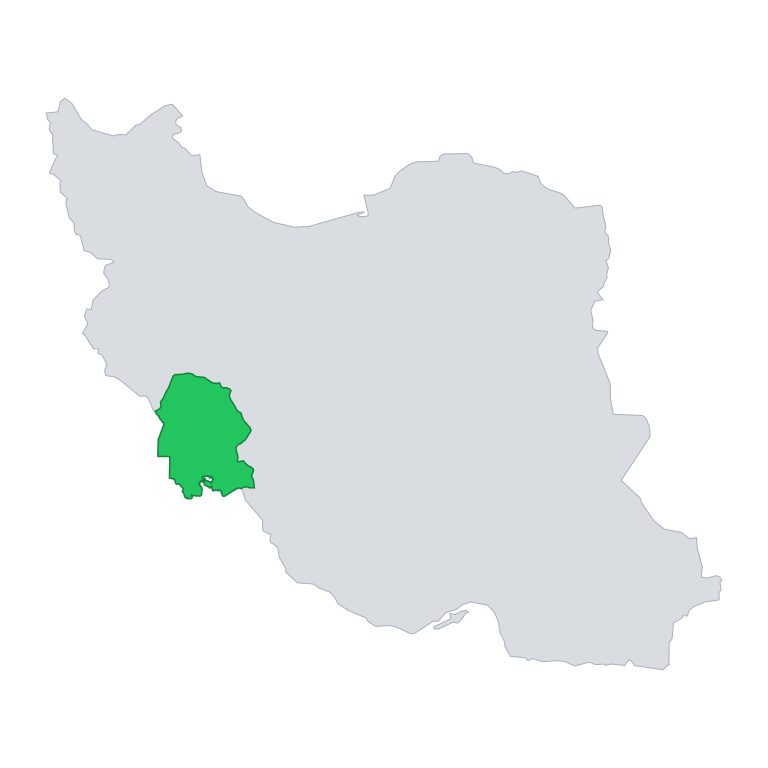 Khuzestan on a map of Iran (Albers equal-area conic projection)
{"feature_id": "IRN-3219", "entity_name": "Khuzestan", "entity_type": "Province", "adm_level": 1, "iso_a3": "IRN", "parent_name": "Iran", "parent_adm1": "", "projection": "albers", "projection_center": [48.994, 31.501], "detail": "fine", "context": "in_parent", "style": "filled", "palette": "green", "viewbox_px": 768, "rotation_deg": 0, "n_neighbors": 0, "source": "natural_earth", "source_scale": "10m", "svg_char_len": 7216}
<svg xmlns="http://www.w3.org/2000/svg" viewBox="0 0 768 768"><path d="M363.8,195.2L372.9,195.2L389.1,188.9L390.5,187.5L394.9,176.1L400.3,170.7L409.8,164.2L416.0,161.9L438.4,161.2L439.8,156.6L443.4,154.0L467.6,153.6L471.6,156.8L473.5,163.0L494.2,167.2L498.5,168.8L503.8,173.1L507.9,174.0L513.0,171.4L516.4,172.6L521.6,170.8L537.9,176.3L540.7,183.2L543.9,186.2L547.6,188.9L560.7,193.2L564.7,196.0L575.1,208.1L600.5,205.2L602.4,207.9L602.8,213.5L606.0,226.8L604.6,231.9L608.3,236.0L608.8,244.4L610.8,250.1L608.7,258.6L606.0,260.5L608.4,267.5L606.6,274.8L607.2,277.4L603.8,283.7L603.8,286.0L596.9,292.3L603.2,299.8L595.0,301.1L590.7,310.3L593.1,320.4L592.3,325.8L593.4,328.6L595.8,330.4L607.2,331.2L607.7,332.6L597.3,348.7L598.4,354.4L610.3,383.7L610.4,398.9L613.3,414.2L642.7,415.5L646.5,419.1L649.5,427.4L650.1,433.9L649.6,437.3L621.2,480.3L640.1,498.1L641.3,502.4L653.5,520.3L664.2,529.1L681.3,532.4L689.7,538.8L696.5,537.6L697.1,547.4L702.3,567.4L701.3,577.0L707.4,578.1L716.3,575.6L719.7,577.0L721.9,580.1L719.9,582.3L721.2,590.2L719.1,592.2L719.1,599.9L705.7,601.8L693.5,606.7L689.3,610.1L687.3,615.8L683.1,615.8L682.0,618.0L673.5,622.8L672.1,638.6L669.1,642.7L669.0,665.1L667.0,665.6L663.0,669.8L634.6,665.6L631.3,660.7L628.4,660.0L624.8,665.5L610.7,664.0L606.1,665.3L603.1,664.1L595.6,664.7L589.4,662.1L574.6,666.1L565.0,661.4L555.0,660.7L543.0,661.8L532.9,658.6L527.9,660.6L525.3,657.9L510.5,656.3L505.0,646.7L504.5,641.8L500.3,633.5L498.2,621.1L494.3,612.2L487.6,605.2L470.7,601.9L462.3,604.8L456.1,609.5L445.7,612.6L438.0,621.4L433.3,621.1L414.4,633.5L410.2,633.6L395.4,626.7L388.8,625.6L375.6,626.4L368.1,621.6L366.1,618.0L348.6,610.6L337.8,603.6L334.4,596.8L329.7,592.0L319.3,588.2L313.3,584.0L297.4,582.8L286.0,572.2L285.8,568.7L279.1,556.9L277.8,548.2L276.3,546.0L270.7,542.5L269.8,540.1L270.9,534.6L263.7,531.4L262.6,528.7L262.6,520.3L245.4,500.1L241.8,488.9L238.7,488.4L223.7,495.9L219.3,491.8L206.0,484.6L204.2,481.9L207.5,480.6L210.8,481.8L212.8,480.3L212.0,477.9L208.7,476.4L204.2,476.5L205.4,478.8L201.2,481.0L200.3,483.8L201.3,492.2L199.6,494.6L192.5,495.9L188.1,498.6L184.2,495.5L183.1,489.4L180.6,485.4L177.0,483.9L174.2,480.0L169.6,478.0L169.6,456.7L158.1,456.1L158.3,439.9L163.7,423.9L152.9,409.3L148.2,398.1L145.3,396.0L139.7,396.2L121.1,380.9L114.6,376.9L105.6,375.5L104.6,370.2L107.0,364.5L102.9,356.8L101.7,354.6L98.0,353.6L98.4,348.8L93.6,348.9L85.0,335.5L82.5,333.6L87.7,323.8L84.5,315.6L86.8,308.9L91.4,309.4L93.0,300.3L101.4,291.2L108.6,287.4L109.4,284.6L108.1,279.5L103.7,273.1L104.5,267.8L106.0,265.2L113.5,262.5L113.9,261.3L110.4,259.3L97.5,258.9L90.6,252.4L84.1,250.6L80.6,236.7L79.5,235.0L76.4,234.4L74.5,231.8L73.8,222.6L69.4,218.3L66.1,204.6L66.0,201.2L67.3,198.3L60.4,192.2L59.8,183.1L61.4,181.1L53.4,174.2L49.8,173.7L49.5,172.6L55.5,158.8L57.9,155.7L53.1,153.4L53.4,146.5L52.3,140.7L53.0,135.3L50.0,131.2L49.2,128.7L50.6,122.7L47.6,119.6L46.1,113.1L57.8,111.8L60.3,102.1L64.6,98.2L71.7,103.2L81.4,119.5L87.4,124.3L91.8,129.8L113.7,136.0L118.5,134.4L126.0,134.9L135.7,125.2L140.1,124.1L151.4,114.4L165.3,105.6L172.3,104.2L182.6,115.8L176.6,119.2L175.6,122.1L176.3,124.9L181.0,127.8L181.5,131.1L179.9,132.7L173.8,134.4L172.0,137.6L178.7,142.9L181.9,147.4L185.4,148.5L191.0,155.6L199.9,154.7L201.7,171.6L206.7,185.7L216.2,191.6L240.8,196.0L243.6,198.7L247.7,206.4L254.1,211.8L273.5,222.4L294.7,227.2L308.7,226.5L359.8,212.1L364.6,211.9L357.1,215.4L360.0,216.6L366.6,216.4L368.1,215.0L368.2,212.9L363.8,195.2ZM465.4,613.6L462.3,618.7L457.5,623.1L453.5,622.1L438.5,629.0L434.4,628.9L433.6,627.0L450.2,619.0L450.9,617.1L449.7,613.5L455.2,614.7L461.1,611.4L466.1,610.2L468.6,612.1L465.4,613.6Z" fill="#d9dde1" stroke="#a8b0b8" stroke-width="1"/><path d="M176.8,484.1L176.4,484.0L176.0,483.8L175.8,483.5L175.6,483.1L175.3,481.4L175.0,480.5L174.6,479.7L174.0,479.0L173.6,478.8L173.3,478.7L169.5,478.1L169.5,476.8L169.8,457.2L169.7,456.7L169.3,456.5L157.9,456.4L158.1,446.5L158.3,439.6L163.7,425.2L163.9,424.3L163.8,423.4L163.4,422.7L162.0,421.7L161.5,421.0L161.4,420.7L161.2,420.0L161.0,419.7L160.7,419.4L160.1,419.0L159.9,418.7L158.7,416.4L158.5,415.7L158.2,415.0L157.0,414.4L156.5,413.8L155.7,412.0L155.2,411.2L156.1,410.9L159.8,408.6L161.0,406.6L160.6,403.9L160.6,401.9L163.2,398.4L166.4,391.1L168.3,388.4L173.1,376.1L174.9,374.7L183.3,374.2L185.7,373.5L189.4,373.2L192.9,374.3L194.7,376.0L196.8,376.7L204.3,377.4L212.3,382.9L217.1,383.4L219.6,382.8L221.3,386.9L223.1,387.9L226.1,387.7L229.6,389.0L231.0,390.9L230.3,392.0L229.4,395.1L229.5,396.3L230.1,398.7L235.3,406.9L236.4,409.6L237.3,410.7L238.2,411.3L238.7,411.9L240.3,412.4L240.9,413.0L241.3,414.0L242.3,417.4L243.4,419.9L244.4,421.5L246.2,423.1L246.9,424.3L249.8,427.4L250.9,429.6L250.8,431.5L248.9,433.9L247.7,436.3L245.5,439.5L241.3,443.2L238.7,444.4L237.5,445.3L236.6,446.5L236.1,447.8L236.1,450.2L237.8,455.9L237.9,457.6L237.7,458.2L237.6,459.4L237.2,460.7L237.5,461.7L243.4,460.9L244.8,462.7L247.6,465.4L250.9,467.1L252.9,468.5L253.6,470.6L251.6,475.4L251.9,477.6L253.0,478.8L253.7,481.5L254.4,487.9L249.0,487.7L246.9,486.7L243.3,487.4L241.1,488.5L240.1,488.1L238.9,488.0L237.6,488.2L236.3,488.7L225.3,495.8L224.0,496.4L222.9,496.1L221.9,494.7L221.8,494.0L221.8,492.2L221.5,491.5L221.2,491.1L221.1,490.9L221.0,490.7L220.6,490.5L220.3,490.4L220.0,490.3L219.2,490.2L218.8,490.3L218.1,490.5L217.6,490.5L217.2,490.4L216.7,490.0L216.4,490.0L215.7,490.1L214.4,490.7L213.7,490.8L212.8,490.7L212.4,490.4L212.5,488.7L212.4,488.6L211.9,488.2L211.7,488.0L211.7,487.8L211.7,487.2L211.8,486.9L211.9,486.6L211.9,486.3L211.5,486.1L211.3,486.8L210.9,487.4L210.4,487.9L209.8,488.0L209.2,487.6L208.9,487.1L208.5,486.7L207.9,486.6L207.1,486.3L204.7,485.0L204.3,484.5L204.0,483.2L203.4,482.4L202.5,481.9L201.4,481.6L201.7,481.0L202.3,480.8L203.8,481.0L204.5,481.0L205.7,480.6L206.3,480.5L207.0,480.7L208.5,481.4L209.0,481.6L209.7,481.7L210.3,481.9L210.8,482.4L211.3,483.0L211.5,482.5L212.1,481.3L213.2,479.9L213.4,479.5L213.4,478.8L212.7,479.0L212.1,478.6L211.8,478.0L211.5,476.5L211.1,476.7L210.6,477.3L210.0,477.7L210.1,477.2L210.3,476.9L210.0,476.4L209.7,476.5L209.3,476.8L208.8,476.9L208.6,476.7L208.2,476.2L207.8,476.1L207.4,476.3L206.6,476.2L205.9,476.0L205.3,476.0L204.7,476.3L203.5,476.1L202.5,476.8L202.2,477.6L203.2,478.0L204.3,478.2L205.2,478.8L205.4,479.5L204.7,480.2L204.1,480.2L202.3,480.0L201.8,480.1L199.9,481.9L199.8,482.1L199.5,482.5L199.3,483.1L199.7,483.4L199.6,483.7L199.3,484.0L199.2,484.2L199.5,485.1L200.1,485.7L200.8,486.3L201.4,486.9L201.7,487.6L201.9,488.6L202.1,490.4L202.0,490.9L201.7,491.7L201.6,492.2L201.6,492.6L201.8,493.4L201.8,493.9L201.6,494.7L201.1,495.4L200.5,495.9L199.8,496.1L197.4,495.8L196.8,496.1L196.1,495.8L193.6,495.8L192.1,495.0L191.6,494.8L191.5,495.5L191.6,496.0L192.1,496.8L192.2,497.4L192.1,497.8L191.8,498.1L191.5,498.4L191.2,498.6L190.4,498.8L187.8,498.6L187.8,498.3L187.6,498.5L187.4,498.5L186.3,498.2L185.7,497.9L185.3,497.5L185.0,497.3L184.9,497.0L184.6,496.2L184.5,495.7L183.9,493.7L183.6,493.2L182.9,492.4L182.4,491.4L182.4,491.1L182.4,490.7L182.7,490.4L183.1,490.0L183.3,489.7L183.4,489.3L183.3,488.8L183.2,488.4L182.9,488.1L181.6,486.8L180.5,485.5L179.7,484.3L179.4,484.0L179.0,483.9L178.6,483.9L177.3,484.1L176.8,484.1Z" fill="#22c55e" stroke="#15803d" stroke-width="1.5"/></svg>